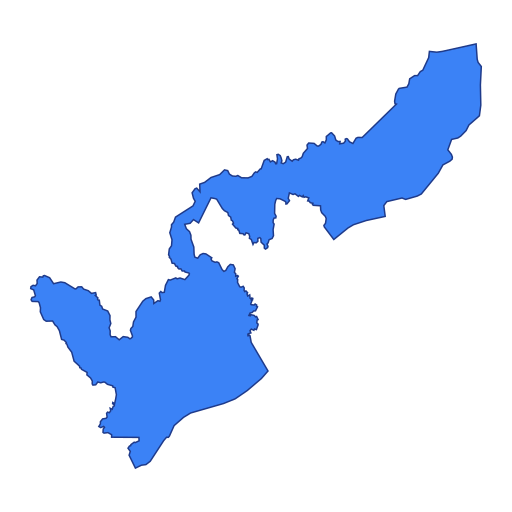 outline of Macapá, Amapá, Brazil
{"feature_id": "56859067B47097843111479", "entity_name": "Macapá", "entity_type": "district", "adm_level": 2, "iso_a3": "BRA", "parent_name": "Brazil", "parent_adm1": "Amapá", "projection": "robinson", "projection_center": [-50.803, 0.571], "detail": "fine", "context": "isolated", "style": "filled", "palette": "blue", "viewbox_px": 512, "rotation_deg": 0, "n_neighbors": 0, "source": "geoboundaries", "source_scale": "gbopen_adm2", "svg_char_len": 6046}
<svg xmlns="http://www.w3.org/2000/svg" viewBox="0 0 512 512"><path d="M268.0,371.0L251.2,342.4L250.0,335.7L249.2,335.1L248.1,335.8L247.8,334.9L248.1,333.8L250.9,332.9L250.0,330.7L251.3,329.1L253.9,330.3L254.5,329.0L256.4,329.6L258.0,325.2L258.1,324.1L256.8,322.9L257.1,320.0L258.1,319.6L256.6,316.5L255.6,316.9L254.1,315.4L250.9,314.7L250.3,315.8L248.9,315.5L250.1,313.0L252.1,312.5L253.6,311.0L255.5,310.8L257.5,306.8L256.4,306.1L256.7,305.1L255.1,304.0L254.1,305.0L251.2,304.7L250.7,304.0L251.8,301.1L251.4,300.3L252.5,300.0L252.8,298.4L251.8,298.0L251.3,299.0L250.1,298.3L249.7,294.9L247.7,296.0L247.0,293.8L247.6,292.7L245.9,290.9L244.8,291.6L244.1,290.5L244.2,287.9L243.2,286.3L241.0,287.2L239.7,286.7L237.5,282.4L237.7,279.6L236.9,278.7L238.3,276.2L237.6,275.5L235.7,276.2L235.8,273.9L234.4,272.3L235.1,268.7L233.3,264.9L230.3,264.4L227.8,266.8L225.8,270.4L223.9,271.4L222.1,269.6L218.7,262.7L216.9,261.9L215.1,262.3L212.0,260.9L211.0,259.0L211.8,257.8L205.9,253.9L203.1,253.5L200.2,254.8L197.7,258.2L194.8,257.1L194.1,254.2L193.8,247.0L191.0,239.2L190.9,235.2L189.5,231.6L186.4,228.8L184.7,224.3L190.1,223.3L193.5,219.6L198.6,222.9L211.0,197.8L215.1,198.6L216.7,199.2L222.3,208.5L224.4,210.7L227.8,212.5L228.5,215.5L230.7,217.1L231.3,220.2L232.4,220.7L233.5,223.1L232.5,224.1L235.8,228.0L237.8,228.5L237.7,229.7L238.8,230.2L239.8,233.4L243.1,233.7L244.0,234.9L244.9,234.9L246.1,232.8L248.8,233.7L249.7,236.4L249.4,238.3L251.3,239.5L253.0,244.4L253.9,242.5L256.2,242.8L257.9,241.3L257.8,238.4L259.8,237.6L260.8,238.6L261.1,242.2L264.3,245.2L264.3,248.1L265.5,249.1L267.6,247.7L268.0,246.3L267.0,244.0L268.1,242.9L269.1,239.7L272.1,238.5L273.5,235.7L273.1,229.7L274.1,224.1L273.1,222.6L273.2,220.0L274.0,218.1L275.8,217.9L276.1,216.2L274.6,213.4L274.8,204.3L275.7,200.4L276.7,198.5L280.0,198.8L284.9,201.2L285.9,202.2L285.9,204.0L286.9,203.9L289.5,200.7L288.2,198.3L289.4,192.9L293.1,194.5L295.0,193.8L298.4,196.4L299.5,195.4L302.3,196.9L303.2,195.6L304.0,197.3L305.8,196.8L308.8,197.9L307.7,200.9L309.1,201.1L310.3,202.7L312.9,203.3L312.4,204.2L313.2,205.3L320.5,205.8L320.7,210.0L321.7,212.7L325.3,216.4L326.2,218.6L325.5,223.3L323.9,225.4L324.3,226.9L333.8,239.5L348.1,227.9L353.5,224.7L366.3,220.5L385.2,216.4L383.8,205.6L386.8,201.6L402.0,198.0L405.6,199.4L417.2,196.1L421.3,194.0L438.3,173.2L442.9,164.9L449.8,161.2L452.1,159.2L452.4,157.1L451.4,154.4L447.8,149.8L451.6,139.4L457.8,138.0L460.7,136.1L466.1,130.6L468.9,125.0L479.4,115.8L480.8,105.2L480.4,84.9L481.3,66.5L478.1,62.4L477.2,59.3L476.1,43.9L442.3,51.4L436.8,52.2L429.4,51.4L428.7,57.6L422.8,70.2L420.3,71.6L417.6,75.6L414.6,75.6L409.7,78.8L408.8,83.8L407.0,87.1L399.2,88.4L398.4,89.2L395.8,94.0L394.6,101.2L395.0,103.7L396.4,104.1L362.2,137.5L357.9,137.4L356.1,138.2L352.9,143.5L349.5,141.8L347.4,138.9L346.3,138.6L345.2,139.2L345.4,141.1L343.6,143.2L339.7,143.8L340.1,141.5L337.9,141.5L335.8,140.0L334.6,136.0L331.6,132.8L330.6,132.9L326.3,136.5L326.3,139.9L324.9,142.9L323.0,141.7L321.9,142.0L320.9,144.4L318.5,146.1L317.2,146.0L314.1,143.4L308.7,143.0L307.0,145.1L307.5,148.5L303.3,153.3L302.2,156.7L300.7,158.2L299.0,158.7L298.5,160.2L295.6,159.2L293.4,159.8L292.2,161.2L289.2,159.1L288.3,156.6L287.3,156.7L285.6,162.2L283.2,163.7L281.2,162.9L281.9,160.8L281.1,157.8L280.2,155.6L278.2,154.3L276.9,154.7L277.5,158.9L276.6,163.7L275.7,163.8L275.0,162.1L272.6,160.7L270.4,161.9L268.9,159.3L267.8,159.6L267.2,158.7L264.2,160.4L261.2,168.8L260.3,168.9L257.2,172.4L255.6,171.9L254.3,172.9L251.9,176.4L248.1,177.9L241.6,177.8L237.8,175.5L235.9,176.3L232.4,176.0L229.4,174.1L227.7,170.6L224.5,169.9L219.7,174.6L211.0,177.5L204.6,182.4L199.7,184.1L200.0,191.8L196.7,188.1L195.0,188.8L192.1,192.8L193.5,198.3L195.2,201.3L193.0,205.9L175.5,217.1L173.7,222.1L171.5,224.7L171.5,227.1L169.8,232.7L172.0,239.8L171.5,245.8L169.3,248.9L168.6,254.8L169.5,256.3L169.3,257.3L171.0,259.2L172.1,263.2L174.5,263.5L175.8,266.1L177.5,266.4L177.6,267.6L179.0,269.0L180.8,268.8L182.2,271.0L184.5,271.0L185.0,272.0L188.9,273.0L189.4,273.8L188.9,275.2L184.9,279.6L180.0,278.0L177.1,278.8L175.8,277.9L170.2,280.1L168.4,279.6L165.5,285.3L164.3,292.3L162.0,292.6L160.8,291.5L159.3,293.1L160.5,299.7L159.9,301.3L157.9,300.7L153.8,303.5L153.7,300.0L151.2,296.9L145.9,298.6L142.8,301.2L136.0,311.5L136.0,317.2L133.5,321.9L132.8,326.5L130.9,328.5L130.4,330.3L132.4,335.7L132.4,337.0L130.9,338.4L129.9,338.8L127.8,337.3L123.2,336.6L119.2,339.8L115.5,336.7L111.0,336.8L110.1,334.6L110.2,330.9L109.1,327.8L110.8,323.5L109.9,319.8L110.0,315.6L107.7,311.0L102.6,309.0L101.7,306.3L99.9,305.1L99.3,300.2L98.2,300.1L97.5,299.1L97.9,297.9L95.3,295.5L96.2,295.0L95.6,292.6L91.5,293.4L88.3,290.7L83.6,289.1L81.7,286.8L78.1,286.9L75.9,288.9L74.8,288.8L64.8,282.7L60.8,282.0L53.6,283.7L49.6,277.7L44.5,275.5L43.3,275.8L42.8,277.1L39.5,276.8L37.0,280.1L37.2,283.5L35.5,285.8L33.1,285.3L31.0,286.6L30.7,288.6L33.7,289.9L35.4,295.7L34.7,296.8L32.0,297.5L31.1,299.6L31.5,300.6L32.2,301.4L38.2,301.6L39.1,302.6L40.5,307.8L40.3,311.8L43.7,319.5L46.2,321.2L52.6,321.0L55.0,324.9L57.1,326.6L59.4,330.7L61.6,339.4L64.0,340.1L66.3,342.5L66.0,343.6L66.9,344.2L67.9,347.1L71.7,352.2L74.1,361.2L79.5,366.1L79.8,367.7L81.0,368.0L81.5,369.3L87.1,372.4L86.9,374.9L90.5,377.9L92.3,381.0L92.2,383.9L92.9,385.1L95.7,384.8L97.8,382.0L100.7,382.8L103.6,382.0L104.9,382.2L107.4,384.3L112.7,385.8L112.9,387.1L115.1,387.7L116.4,394.7L115.7,398.8L114.6,403.7L112.8,402.5L112.6,403.7L114.4,404.8L114.3,405.9L113.2,406.4L112.2,409.3L110.2,408.3L110.7,410.8L109.3,412.7L107.6,412.1L106.6,413.3L107.1,417.1L106.1,418.3L102.6,418.9L100.4,421.7L100.4,423.9L98.8,426.5L100.7,427.6L103.6,426.4L104.5,427.3L103.2,429.1L103.0,432.4L104.0,433.1L108.0,432.6L111.6,434.7L111.6,437.2L138.9,437.4L139.1,440.8L135.2,442.6L134.2,442.2L130.9,444.6L130.7,445.7L129.5,446.0L128.0,448.2L130.3,451.4L129.1,455.2L135.4,468.1L141.4,465.2L145.9,464.6L150.2,461.3L163.7,440.6L166.5,437.3L168.4,437.3L169.4,436.1L174.1,425.6L183.6,417.3L190.6,413.0L223.6,403.5L235.2,398.8L247.3,390.5L261.4,378.5L268.0,371.0Z" fill="#3b82f6" stroke="#1e3a8a" stroke-width="1.5"/></svg>